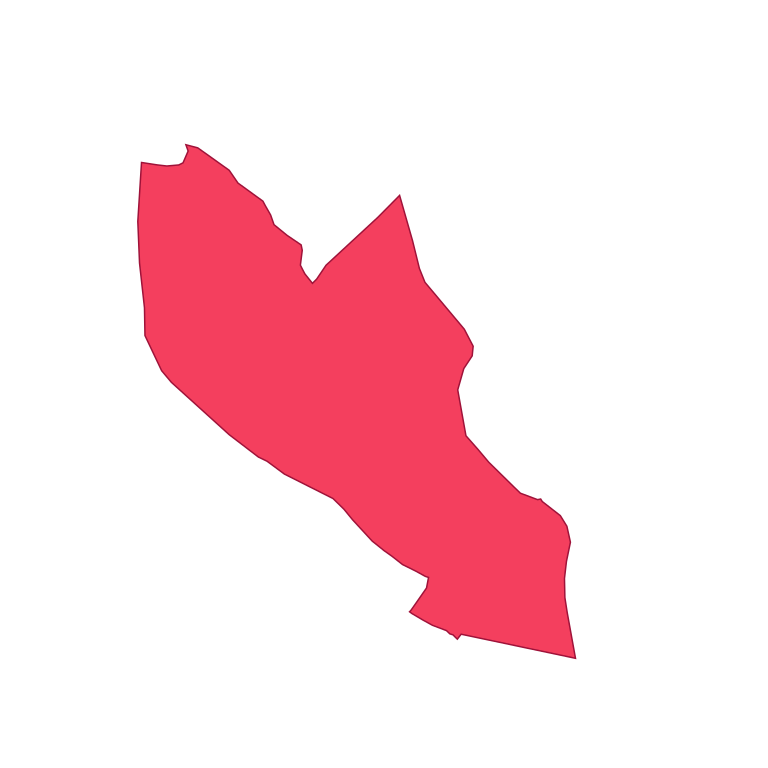 the district of Gamaliyya, Ad Daqahliyah, Egypt, rotated 314°
{"feature_id": "37247803B61815005603813", "entity_name": "Gamaliyya", "entity_type": "district", "adm_level": 2, "iso_a3": "EGY", "parent_name": "Egypt", "parent_adm1": "Ad Daqahliyah", "projection": "mercator", "projection_center": [31.849, 31.206], "detail": "fine", "context": "isolated", "style": "filled", "palette": "rose", "viewbox_px": 768, "rotation_deg": 314, "n_neighbors": 0, "source": "geoboundaries", "source_scale": "gbopen_adm2", "svg_char_len": 1193}
<svg xmlns="http://www.w3.org/2000/svg" viewBox="0 0 768 768"><g transform="rotate(314 384 384)"><path d="M530.5,264.2L499.7,263.8L429.2,259.8L412.7,262.7L406.7,262.6L408.0,252.5L408.3,250.4L409.8,245.9L411.4,241.3L423.4,232.3L426.5,227.8L423.6,211.0L422.2,194.2L426.8,185.1L429.9,174.5L431.4,169.9L427.1,139.4L430.2,124.2L424.5,86.0L418.5,75.3L415.5,81.3L403.5,85.8L399.0,84.2L392.1,78.2L390.0,76.4L384.1,68.7L374.9,55.7L329.9,94.0L301.2,124.1L272.4,158.8L252.8,178.4L239.1,214.8L237.5,230.0L240.0,307.8L244.2,344.4L247.2,353.5L250.0,374.9L266.2,426.9L266.1,442.1L264.5,455.8L262.8,484.7L264.2,500.0L265.6,509.1L267.0,522.8L271.4,536.6L274.3,547.3L275.8,550.4L266.8,556.3L248.8,559.2L239.8,560.6L237.9,560.6L238.3,563.6L241.2,575.8L244.1,586.5L250.0,600.3L250.0,604.9L251.5,607.9L251.4,611.0L251.4,614.0L257.6,613.3L292.1,668.3L319.7,712.3L346.9,674.5L356.0,662.5L369.5,648.9L383.1,638.5L399.7,628.0L408.7,614.4L411.8,602.3L409.4,579.5L410.1,576.6L407.5,574.8L400.2,558.0L400.2,548.8L400.5,513.8L402.2,497.4L403.7,478.9L431.0,441.1L450.5,430.7L465.5,427.9L473.1,421.9L479.2,403.7L485.6,342.8L491.7,329.2L506.9,305.0L530.5,264.2Z" fill="#f43f5e" stroke="#9f1239" stroke-width="1.5"/></g></svg>